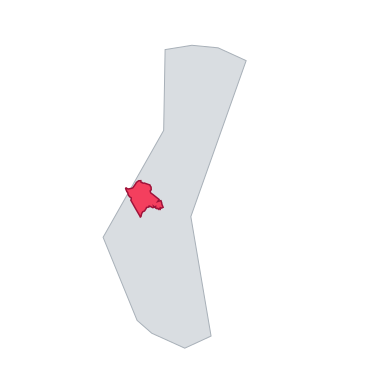 Asan, Guam shown in context, rotated 338°
{"feature_id": "77769853B60030225466541", "entity_name": "Asan", "entity_type": "district", "adm_level": 2, "iso_a3": "GUM", "parent_name": "Guam", "parent_adm1": "", "projection": "robinson", "projection_center": [144.726, 13.457], "detail": "fine", "context": "in_parent", "style": "filled", "palette": "rose", "viewbox_px": 384, "rotation_deg": 338, "n_neighbors": 0, "source": "geoboundaries", "source_scale": "gbopen_adm2", "svg_char_len": 1247}
<svg xmlns="http://www.w3.org/2000/svg" viewBox="0 0 384 384"><g transform="rotate(338 192 192)"><path d="M155.7,332.7L126.8,334.1L101.8,307.9L93.0,290.5L92.6,200.7L188.8,124.3L220.4,49.9L246.8,55.9L270.2,68.1L291.4,90.5L181.7,214.4L155.7,332.7Z" fill="#d9dde1" stroke="#a8b0b8" stroke-width="1"/><path d="M146.7,161.6L144.0,162.3L142.8,163.3L142.5,163.5L138.8,165.9L137.8,166.0L136.1,165.7L134.3,165.4L132.9,164.5L132.8,163.8L132.3,163.5L131.8,163.8L131.7,165.2L131.8,167.1L131.7,167.3L132.2,168.2L131.8,171.0L132.5,173.3L133.5,174.7L132.8,176.2L132.5,176.4L132.2,176.6L132.6,179.8L133.5,186.7L133.8,188.7L134.5,193.6L134.6,194.4L134.7,195.8L135.5,195.6L137.2,193.2L138.8,191.9L140.9,191.8L143.5,190.0L144.0,189.3L146.4,189.8L146.9,189.4L146.5,188.5L148.2,190.0L149.7,191.8L151.0,192.0L151.1,190.9L151.7,192.0L152.9,191.8L152.3,193.3L153.3,194.4L154.1,194.3L154.8,195.8L155.8,195.2L156.2,195.9L156.8,194.7L157.6,195.5L159.5,195.4L159.5,191.8L159.8,191.0L160.0,188.6L159.9,188.3L156.6,188.0L158.7,186.6L154.7,179.5L153.4,177.5L153.4,176.8L153.6,175.3L155.0,174.7L155.9,172.1L155.6,170.8L155.6,169.7L151.1,165.8L150.1,165.6L149.1,164.6L149.2,164.4L148.4,163.8L148.8,162.3L146.7,161.6Z" fill="#f43f5e" stroke="#9f1239" stroke-width="1.5"/></g></svg>